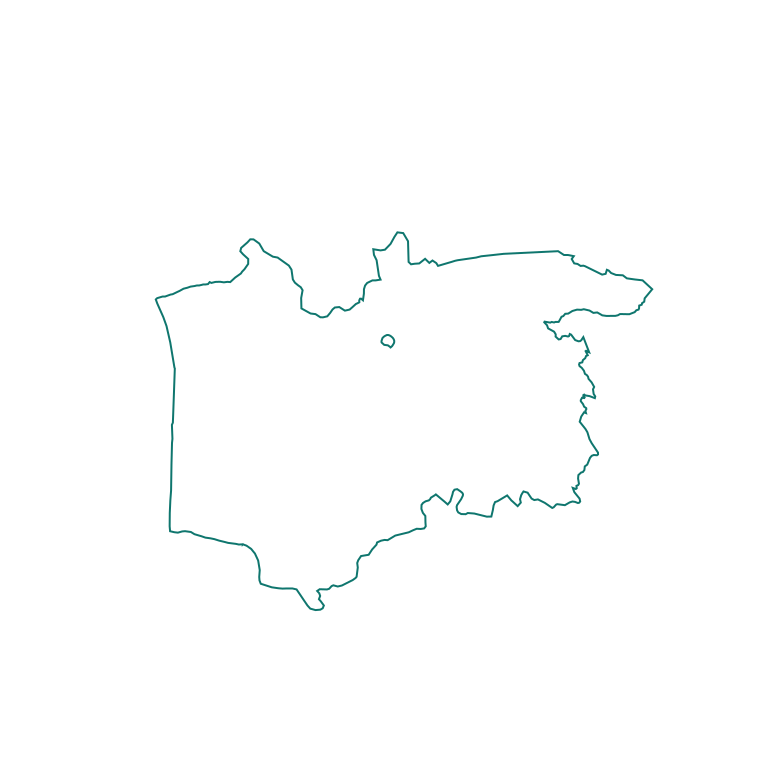 the district of Djugu, Orientale, Democratic Republic of the Congo, rotated 134°
{"feature_id": "63176286B65133649587609", "entity_name": "Djugu", "entity_type": "district", "adm_level": 2, "iso_a3": "COD", "parent_name": "Democratic Republic of the Congo", "parent_adm1": "Orientale", "projection": "natural_earth1", "projection_center": [30.241, 1.883], "detail": "fine", "context": "isolated", "style": "outline", "palette": "teal", "viewbox_px": 768, "rotation_deg": 134, "n_neighbors": 0, "source": "geoboundaries", "source_scale": "gbopen_adm2", "svg_char_len": 5555}
<svg xmlns="http://www.w3.org/2000/svg" viewBox="0 0 768 768"><g transform="rotate(134 384 384)"><path d="M366.9,548.3L369.6,552.4L372.0,562.8L369.6,571.3L370.6,578.3L372.8,580.7L377.0,580.6L385.3,581.3L388.3,579.6L388.6,575.5L388.4,568.5L392.0,565.1L398.4,564.1L401.7,564.1L403.9,563.7L410.8,565.0L417.5,565.4L419.3,567.6L422.1,569.8L424.4,573.0L427.7,576.2L431.2,578.4L431.8,580.2L434.4,580.0L436.7,581.8L438.0,583.2L439.5,584.1L441.5,585.4L443.3,587.2L445.1,588.3L448.3,590.8L451.3,592.3L454.7,594.4L459.0,595.7L461.6,596.7L466.2,598.4L468.0,599.7L473.1,602.2L475.0,604.1L479.8,606.8L481.7,606.9L483.6,603.0L489.2,589.2L493.4,580.7L502.6,566.6L517.8,546.1L518.1,545.3L553.8,513.2L558.5,509.0L560.7,508.2L570.4,498.1L573.6,495.6L589.5,481.0L608.6,463.1L616.2,456.8L625.6,448.5L635.3,439.3L638.5,435.6L636.3,431.9L634.1,429.0L630.3,426.8L628.1,424.9L624.6,420.1L623.7,416.0L620.2,409.3L618.6,405.8L615.6,401.7L613.4,398.2L611.2,393.8L608.2,388.7L606.6,385.8L601.9,379.5L600.3,376.9L597.5,374.3L597.6,374.2L597.4,374.2L595.8,370.6L594.9,364.9L595.3,361.8L595.6,359.1L598.4,351.9L604.2,344.1L609.5,339.7L611.8,337.1L613.3,333.9L608.2,323.5L604.3,318.1L601.7,314.9L598.8,312.1L594.6,307.7L592.5,304.2L594.8,293.3L595.3,291.0L596.5,285.2L596.8,281.0L594.2,276.2L590.5,273.0L587.9,272.3L585.1,273.4L584.2,278.6L584.0,281.3L580.8,282.7L579.5,285.2L579.3,288.3L576.3,287.7L571.4,282.3L569.4,281.2L565.8,281.3L564.0,280.6L561.8,276.6L558.2,274.3L546.7,270.3L543.3,269.7L541.7,269.8L534.2,275.4L531.4,278.9L528.7,280.1L523.7,281.0L517.5,276.4L511.2,277.6L504.8,277.8L502.8,278.9L498.8,277.3L495.8,275.3L493.8,272.9L485.2,270.6L473.5,263.2L469.0,261.5L465.4,259.9L462.8,256.9L460.0,254.8L457.4,255.1L454.8,258.0L450.2,262.6L449.7,266.5L447.9,270.3L444.9,273.0L442.5,273.3L439.5,272.6L436.6,270.9L434.8,270.8L433.2,271.3L428.8,270.2L427.4,270.0L426.6,259.0L426.4,254.5L422.4,254.8L415.8,258.1L413.7,259.4L411.1,259.9L408.8,258.3L408.1,254.4L407.9,252.1L408.4,250.6L409.6,249.7L413.3,248.5L420.4,247.3L422.0,246.4L424.1,243.7L424.8,241.4L423.9,238.1L420.9,234.8L418.6,234.1L414.4,229.0L413.9,228.1L408.0,217.9L404.8,214.7L399.1,218.1L395.2,220.8L391.8,222.1L389.4,220.9L378.6,218.0L379.3,211.2L379.2,210.4L379.1,206.5L379.0,203.0L374.3,203.2L372.4,206.1L368.6,208.1L366.2,208.7L364.4,209.0L362.4,205.2L363.2,201.6L363.9,198.2L363.1,195.3L360.1,193.1L357.8,185.8L356.3,176.9L354.8,176.3L351.8,176.4L351.2,176.4L350.1,175.9L345.5,169.7L340.2,168.2L337.6,166.8L336.1,164.7L334.9,161.8L333.7,161.1L332.2,161.3L330.6,163.7L329.6,171.9L327.6,176.0L326.3,173.1L325.2,172.9L323.6,174.8L323.3,174.7L321.8,174.1L320.3,174.5L317.2,178.7L314.5,180.9L310.7,180.7L309.2,179.8L306.7,180.1L303.8,182.3L300.8,181.8L294.0,184.5L291.4,184.7L289.4,183.8L287.3,181.3L286.0,181.1L284.7,182.4L282.3,193.5L280.9,197.9L277.4,204.2L276.4,207.9L275.2,217.0L270.4,219.5L265.4,220.4L264.6,218.5L263.5,220.4L261.5,221.0L260.9,221.8L261.3,224.3L260.6,225.9L260.2,226.9L259.7,230.4L259.0,231.2L256.4,232.0L255.0,230.2L254.7,230.3L254.3,230.4L254.4,232.1L253.4,232.9L253.1,232.8L252.5,232.6L252.4,231.3L249.9,227.7L247.7,222.5L246.2,223.4L245.5,226.3L242.6,230.0L240.6,230.6L240.1,230.8L238.6,235.8L238.2,240.5L237.0,242.3L236.7,244.3L237.1,246.5L235.6,249.3L235.0,253.0L235.3,255.7L234.5,257.2L233.1,257.9L230.7,256.4L228.7,257.5L225.6,257.2L223.5,258.1L221.8,257.4L220.3,261.8L219.7,261.7L219.0,259.2L218.7,258.4L211.8,273.2L212.4,273.1L215.4,272.5L216.9,272.7L218.2,273.8L219.6,277.0L218.5,283.7L218.8,284.5L219.0,285.1L220.0,284.6L221.0,284.2L222.0,284.6L223.5,287.1L225.9,288.9L228.1,288.4L229.0,288.2L230.6,289.3L230.7,293.5L230.3,293.8L229.0,295.0L228.2,298.0L230.0,304.6L228.5,307.5L228.3,311.6L227.6,311.8L225.3,308.4L224.3,307.0L222.9,306.5L221.6,304.4L220.4,303.9L218.0,301.5L216.7,301.8L212.3,303.0L210.6,302.2L207.6,302.4L206.3,301.2L205.4,300.4L200.6,299.2L196.4,296.8L193.7,293.7L191.4,292.2L188.4,287.2L187.4,282.8L184.4,280.3L183.4,276.4L183.0,274.7L180.6,271.4L174.4,265.0L172.1,263.5L169.7,262.8L163.4,256.0L158.2,253.6L155.6,253.7L153.7,252.6L152.5,253.0L150.3,254.9L148.0,253.7L147.4,254.0L146.8,254.4L146.7,254.4L146.6,254.5L144.0,254.0L143.2,254.6L141.3,256.0L129.5,256.9L129.8,270.0L134.5,276.1L139.3,282.7L139.9,287.7L144.4,292.9L146.4,297.7L146.3,301.2L147.0,303.0L150.8,301.1L151.4,301.5L153.8,303.1L159.6,321.2L160.4,322.8L162.5,324.6L163.2,328.2L164.6,330.2L165.1,331.0L163.7,335.8L160.2,336.3L163.2,341.0L166.2,344.2L167.5,351.0L193.8,375.7L207.2,388.3L216.6,396.1L224.6,402.8L229.1,405.6L243.8,417.0L245.9,418.4L249.2,420.2L261.5,427.2L260.7,430.4L261.5,434.9L265.4,435.5L265.4,441.4L272.8,442.4L276.1,445.4L279.1,447.7L279.1,451.1L264.6,465.9L262.1,475.0L265.6,479.7L270.9,478.7L278.7,476.6L286.7,476.6L290.3,479.3L294.5,485.3L298.1,480.9L300.1,475.3L309.7,462.8L311.3,459.0L315.3,462.0L317.5,464.3L323.0,466.3L326.3,466.0L329.7,464.3L333.0,461.2L338.4,457.3L338.5,459.7L339.3,460.5L341.0,459.9L342.4,458.5L344.7,459.3L346.0,459.8L350.7,460.1L354.3,460.4L356.0,461.5L358.4,463.1L359.7,469.6L363.1,472.5L366.1,472.8L370.3,472.1L374.7,471.8L378.3,474.1L380.2,476.1L381.3,481.8L384.3,485.8L387.0,495.9L379.7,503.3L373.1,507.7L372.2,511.1L372.7,514.5L373.0,518.5L372.1,522.2L366.0,530.0L364.9,534.7L366.9,548.1L366.9,548.3ZM350.2,417.0L348.4,416.6L346.7,415.9L345.6,414.7L345.1,413.4L344.8,412.0L344.7,409.8L345.1,408.0L345.7,406.8L346.7,405.8L347.8,405.2L349.5,404.8L351.0,404.5L352.8,404.6L353.2,404.7L353.1,405.4L353.5,408.1L355.7,411.0L355.8,414.3L355.8,414.6L354.9,415.6L353.7,416.2L352.1,417.0L350.2,417.0Z" fill="none" stroke="#0f766e" stroke-width="2"/></g></svg>